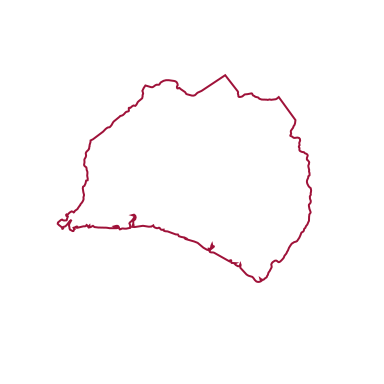 outline of Zambezia, rotated 53°
{"feature_id": "MOZ-1906", "entity_name": "Zambezia", "entity_type": "Province", "adm_level": 1, "iso_a3": "MOZ", "parent_name": "Mozambique", "parent_adm1": "", "projection": "robinson", "projection_center": [37.187, -16.952], "detail": "fine", "context": "isolated", "style": "outline", "palette": "rose", "viewbox_px": 384, "rotation_deg": 53, "n_neighbors": 0, "source": "natural_earth", "source_scale": "10m", "svg_char_len": 5973}
<svg xmlns="http://www.w3.org/2000/svg" viewBox="0 0 384 384"><g transform="rotate(53 192 192)"><path d="M118.7,95.2L139.1,94.9L140.0,95.1L141.1,96.2L142.4,96.6L143.4,97.3L143.8,97.4L144.2,97.3L144.7,96.9L145.4,95.7L145.9,94.4L145.9,93.1L145.8,91.6L145.9,91.0L147.2,88.9L149.0,85.2L149.6,84.8L151.0,85.1L151.7,85.1L152.9,84.4L154.0,84.2L156.2,82.4L156.6,82.2L158.0,82.1L160.1,80.7L163.2,76.8L164.0,76.1L164.8,74.3L166.0,73.3L168.3,69.3L168.5,68.3L168.4,65.6L196.8,66.1L199.0,68.2L200.1,69.7L200.6,71.3L201.5,72.6L202.6,76.1L203.3,76.8L205.2,77.8L205.8,79.1L206.1,79.5L206.4,79.6L208.0,78.7L209.6,78.3L210.1,78.0L210.7,77.3L211.8,75.3L212.2,74.8L213.3,74.0L214.4,73.9L214.8,74.0L216.1,74.8L217.1,76.5L217.4,76.8L217.8,77.1L219.2,77.8L219.5,78.1L219.7,78.9L220.1,79.4L220.5,79.6L221.6,79.7L222.5,80.5L223.1,80.9L223.6,81.1L224.0,81.1L224.9,80.8L226.4,79.9L227.5,78.7L229.0,78.5L230.3,77.7L231.1,77.4L231.9,77.4L232.6,77.7L234.0,79.8L235.1,80.6L235.8,80.7L236.4,80.4L238.5,80.4L238.9,80.6L240.3,82.1L240.7,83.0L241.2,83.4L242.0,83.9L244.8,85.1L246.2,86.3L247.5,86.7L249.2,87.9L249.4,88.1L249.5,88.5L249.4,89.5L249.6,89.8L250.6,90.7L251.6,92.6L252.4,93.6L253.2,94.2L254.7,94.9L257.7,95.4L258.7,95.3L260.4,94.9L262.4,95.9L263.7,97.1L264.3,97.9L265.7,98.8L266.4,100.5L268.3,101.8L270.6,102.5L271.3,103.1L271.9,103.8L272.2,104.8L272.5,106.2L272.9,106.6L273.6,107.1L276.2,108.4L279.0,109.2L279.6,109.5L279.9,109.8L280.3,111.1L280.7,112.0L281.7,112.8L282.0,113.2L285.4,115.9L286.1,117.3L287.4,119.5L287.9,121.6L288.8,123.0L288.9,124.1L289.0,124.6L290.0,125.8L290.4,126.5L290.5,127.2L290.3,128.8L290.5,129.4L291.9,131.6L293.1,133.8L294.2,137.0L294.4,137.7L294.3,138.5L294.1,139.1L293.5,140.7L293.4,142.2L293.3,143.4L293.4,143.8L294.1,146.0L294.6,147.2L294.8,147.9L296.4,150.5L297.1,152.3L297.8,153.4L298.1,154.4L298.6,156.5L299.7,158.3L299.9,159.0L300.2,160.3L300.5,162.4L300.6,163.2L300.5,164.4L300.2,165.0L299.9,165.2L298.1,165.7L297.5,166.0L297.1,166.5L296.7,167.4L296.6,169.6L296.7,170.4L297.0,171.3L297.6,172.3L299.4,173.2L300.1,173.8L302.0,177.9L302.2,178.8L302.4,179.4L303.9,181.4L304.2,182.4L305.0,183.7L305.0,184.4L304.9,186.1L305.1,186.8L305.0,187.8L304.4,188.7L303.4,189.3L302.3,189.6L303.3,190.0L304.2,189.7L304.7,189.7L304.7,191.0L304.3,192.2L303.7,193.2L302.9,194.0L302.0,194.5L299.9,194.8L297.9,194.7L296.1,194.9L292.8,197.3L290.7,198.1L281.8,199.0L280.9,198.6L279.6,197.1L278.7,196.8L279.9,198.6L278.9,200.0L276.8,200.9L274.9,201.2L275.1,200.0L272.5,203.0L271.6,203.0L270.5,202.0L270.1,201.9L269.7,202.3L269.5,202.8L269.5,203.3L269.8,203.9L253.8,210.9L253.0,211.5L251.7,213.1L250.9,213.7L250.0,213.7L249.0,212.2L248.9,207.8L248.1,206.6L248.5,207.9L247.8,208.2L247.1,208.1L245.8,207.5L246.5,208.8L247.9,210.3L248.5,211.7L247.3,212.8L248.4,213.7L247.1,214.8L243.4,216.4L236.0,218.1L232.9,220.0L225.6,225.5L225.0,225.6L225.2,224.7L223.8,225.4L221.7,227.4L219.4,229.1L217.5,228.8L216.1,230.5L208.8,235.2L207.3,236.9L206.4,237.6L205.6,237.8L205.0,237.3L204.1,238.8L203.5,239.3L202.7,239.5L201.2,239.5L200.6,239.9L200.4,240.8L199.8,241.8L198.3,242.9L196.7,243.4L195.4,243.0L195.1,245.4L193.5,247.6L189.5,251.5L185.4,259.0L183.8,260.8L183.7,260.3L183.4,259.0L183.0,259.4L182.0,258.0L179.9,256.4L179.7,255.6L179.7,254.7L179.5,253.7L178.3,252.2L176.7,251.6L175.2,252.0L174.5,253.7L176.3,252.4L177.5,253.4L178.3,255.6L178.8,257.7L179.0,260.1L179.4,260.9L181.3,261.4L183.4,263.0L181.7,266.6L180.9,267.7L179.4,269.3L178.9,270.3L178.8,271.4L178.3,272.2L177.2,272.0L176.0,271.6L174.9,271.5L174.0,272.1L173.4,273.0L172.6,275.0L173.6,274.6L175.3,273.2L176.1,272.8L175.4,274.2L171.5,279.4L169.2,281.6L163.9,288.3L161.3,291.0L159.4,291.5L159.0,294.1L158.6,295.0L157.1,294.1L157.3,295.4L157.5,295.9L155.7,295.8L154.9,296.0L155.0,296.6L155.3,297.3L155.0,298.1L154.0,299.5L151.8,304.6L151.0,306.1L151.1,305.2L150.9,304.7L150.6,304.5L150.2,304.8L150.0,305.3L149.8,306.7L149.3,308.1L149.8,308.2L150.3,308.0L150.2,307.5L151.0,307.9L151.0,308.7L151.8,310.2L151.3,310.9L148.5,312.1L147.3,311.7L146.0,310.9L145.0,310.6L143.6,309.2L141.7,305.0L141.6,307.0L142.9,311.5L143.2,313.8L142.4,315.9L142.9,316.1L143.3,316.4L143.5,316.9L143.6,317.4L143.4,317.7L142.9,317.6L142.1,317.2L140.2,317.6L138.6,318.1L136.6,318.4L135.7,317.4L135.5,313.7L135.8,312.4L136.7,312.1L137.5,311.6L138.1,310.9L139.1,309.3L139.0,308.9L138.0,307.7L137.0,306.1L135.6,306.7L134.6,306.4L134.4,305.7L135.5,305.2L135.0,304.0L134.8,301.9L135.0,299.9L136.1,299.0L137.1,298.8L137.2,298.4L136.6,296.8L136.7,293.8L136.1,292.3L135.3,289.8L135.3,289.3L134.9,288.9L134.6,288.1L134.3,286.6L133.8,285.1L133.2,283.9L132.4,282.8L131.2,282.1L130.6,281.5L129.8,280.4L129.2,279.9L126.8,278.9L123.3,277.0L122.2,275.8L122.3,274.1L122.0,273.6L121.1,271.9L119.2,269.7L119.8,268.3L118.7,267.3L115.9,265.9L113.8,264.0L112.7,263.3L110.9,262.8L109.5,261.9L108.7,261.6L106.8,262.1L106.0,262.1L105.3,261.8L103.5,259.9L101.5,258.6L101.0,257.9L100.3,256.1L99.8,255.4L99.2,254.7L97.1,253.5L96.6,252.7L96.3,251.7L96.0,249.4L95.6,248.3L95.3,248.2L95.1,247.7L94.1,246.8L93.8,246.2L93.0,245.7L91.1,243.1L89.8,242.0L90.3,239.3L90.3,226.7L89.7,223.0L89.7,221.2L89.9,220.2L90.6,219.0L90.7,218.4L90.2,216.1L88.9,213.2L88.6,212.0L88.3,204.5L88.1,203.5L88.5,202.7L88.8,201.9L89.0,200.8L88.9,199.5L88.4,197.0L88.5,196.0L89.1,194.8L89.3,193.9L89.0,193.4L87.2,192.2L86.9,191.9L86.9,191.5L87.7,190.6L87.5,188.1L87.7,186.7L89.1,185.4L88.8,183.8L87.6,181.3L87.4,180.0L87.2,175.7L87.1,175.3L85.7,173.7L84.9,173.2L84.1,171.9L82.5,171.1L81.4,170.8L79.9,168.0L78.9,165.1L83.6,161.6L84.4,160.7L84.7,159.6L84.7,157.0L85.0,155.8L86.3,154.0L86.5,153.4L85.8,151.5L85.7,150.8L86.1,147.8L87.1,145.4L88.7,143.3L92.6,139.4L93.7,138.6L95.0,138.2L96.1,138.3L97.2,138.6L98.2,139.3L98.6,140.4L99.1,140.9L99.8,141.3L100.5,141.3L100.9,140.8L101.1,139.7L101.3,139.4L102.7,139.2L108.1,137.4L108.7,137.4L109.8,137.6L110.3,137.5L110.9,137.2L115.0,134.0L115.8,133.0L116.4,131.6L116.4,130.6L116.1,128.6L116.1,127.6L117.0,123.5L118.7,95.2Z" fill="none" stroke="#9f1239" stroke-width="2"/></g></svg>